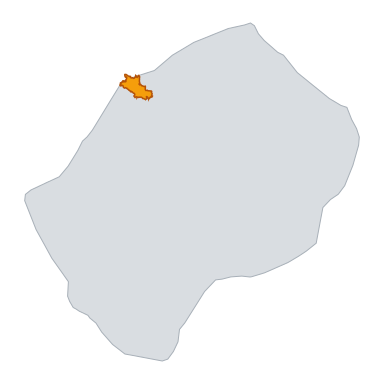 location of Manka, Leribe, Lesotho
{"feature_id": "5366337B27297723813", "entity_name": "Manka", "entity_type": "district", "adm_level": 2, "iso_a3": "LSO", "parent_name": "Lesotho", "parent_adm1": "Leribe", "projection": "orthographic", "projection_center": [27.816, -28.974], "detail": "fine", "context": "in_parent", "style": "filled", "palette": "amber", "viewbox_px": 384, "rotation_deg": 0, "n_neighbors": 0, "source": "geoboundaries", "source_scale": "gbopen_adm2", "svg_char_len": 5389}
<svg xmlns="http://www.w3.org/2000/svg" viewBox="0 0 384 384"><path d="M264.6,272.8L251.8,276.7L250.0,277.0L241.8,276.1L230.8,276.9L222.2,279.1L215.6,279.9L204.6,291.5L184.8,322.9L179.5,329.4L178.0,341.8L173.4,351.5L167.8,359.1L162.3,361.0L145.9,357.9L124.9,354.0L112.6,344.5L101.7,332.1L96.0,323.1L89.9,318.1L87.9,315.3L79.3,311.2L76.0,309.0L73.2,307.5L69.7,301.5L67.6,296.2L68.4,281.7L62.3,273.0L51.8,258.2L45.2,246.1L36.1,229.6L30.5,215.4L24.7,200.7L25.4,194.4L30.9,190.0L46.8,182.5L59.2,176.8L68.1,166.2L77.8,150.5L82.5,141.1L87.2,136.8L92.4,130.1L101.4,115.4L111.4,99.0L122.2,81.5L135.8,76.4L154.4,70.5L172.4,55.2L193.8,42.4L228.3,28.5L244.4,25.0L250.5,23.0L254.4,25.7L258.4,33.8L264.2,40.5L277.7,52.3L283.5,55.2L297.3,72.6L312.2,84.7L329.3,98.5L340.9,105.4L346.9,107.4L351.7,119.6L356.6,128.7L359.3,137.1L358.6,145.3L352.9,165.3L344.7,185.7L338.3,194.2L330.5,199.5L322.9,207.5L319.8,223.9L316.2,243.2L306.3,251.1L298.6,256.2L288.0,262.5L264.6,272.8Z" fill="#d9dde1" stroke="#a8b0b8" stroke-width="1"/><path d="M148.5,99.0L148.6,98.7L148.9,98.4L149.4,98.6L149.5,98.5L149.6,98.4L149.6,98.1L149.6,97.9L149.8,97.7L150.1,97.5L150.8,97.3L150.7,97.1L150.6,96.9L150.8,96.8L151.3,96.9L151.5,97.0L151.8,97.0L151.8,96.8L151.9,96.7L152.1,96.7L152.4,96.2L152.1,96.1L151.8,95.8L151.9,95.6L151.7,95.5L151.6,95.4L151.6,95.2L151.7,94.9L151.8,94.8L152.0,94.3L152.0,94.2L152.1,93.9L152.1,93.4L152.0,93.2L151.6,92.8L151.5,92.6L151.4,92.5L151.4,92.4L151.4,92.0L151.7,91.4L151.5,91.1L151.2,91.0L150.8,91.1L150.7,91.0L150.4,90.9L148.1,90.8L147.8,90.7L147.7,90.6L147.4,90.3L147.3,90.2L147.2,90.2L146.7,90.4L146.1,90.5L145.9,90.5L145.7,90.3L145.4,89.7L145.2,89.1L145.3,89.0L145.3,88.7L145.3,88.1L145.4,87.9L145.4,87.7L145.3,87.2L145.4,86.8L145.3,86.7L145.3,86.2L145.2,86.1L144.9,86.2L144.8,86.3L144.6,86.5L144.4,86.5L144.2,86.6L143.6,86.3L143.3,86.2L143.1,86.1L142.8,86.0L142.7,85.9L142.3,85.9L142.2,85.9L142.0,85.7L141.8,85.7L141.7,85.7L141.4,85.5L141.2,85.4L141.0,84.7L140.8,84.5L140.7,84.5L140.5,84.2L140.2,84.2L139.9,84.0L139.7,84.1L139.5,84.4L139.4,84.1L139.1,84.1L139.1,83.9L139.4,83.5L139.5,83.5L139.7,83.1L139.7,82.7L139.7,82.2L139.4,81.9L139.4,81.6L139.4,81.3L139.4,81.1L139.4,80.7L139.4,80.1L139.5,79.6L139.5,78.9L139.4,78.7L139.5,77.8L139.7,77.0L139.7,76.8L139.6,76.7L139.4,76.7L139.2,76.4L139.1,75.8L139.0,75.6L138.9,75.4L138.5,75.4L138.3,75.5L138.2,75.6L138.3,75.9L138.3,76.1L138.4,76.4L138.3,76.5L138.1,76.6L137.6,76.9L137.3,77.3L137.2,77.4L136.9,77.2L136.6,76.8L136.5,76.5L136.2,75.9L136.0,75.7L135.8,75.5L135.7,75.4L135.6,75.7L135.6,75.9L135.6,76.3L135.9,76.8L136.0,76.8L135.9,77.0L135.5,76.9L135.3,76.9L135.2,77.0L134.9,77.4L134.9,77.5L134.5,77.8L134.2,78.2L134.0,78.3L133.8,78.4L133.4,78.2L133.0,78.0L132.7,77.7L132.3,77.7L132.1,77.9L131.9,77.9L131.2,77.9L130.6,77.6L130.4,77.4L130.3,77.2L130.5,76.8L130.6,76.7L130.5,76.4L130.4,76.4L130.2,76.4L129.7,76.5L129.4,76.4L129.3,76.2L129.0,76.2L128.7,76.2L128.1,76.0L127.8,75.8L127.7,75.5L127.5,75.4L127.2,75.2L126.4,74.8L126.3,74.6L126.1,74.5L125.9,74.4L125.4,74.5L125.1,74.4L124.9,74.4L124.8,74.5L124.9,75.0L124.8,75.4L124.9,76.0L125.0,76.3L125.1,76.5L125.3,76.9L125.4,77.1L125.7,76.9L126.0,76.9L126.0,77.0L126.4,77.3L126.7,77.7L126.7,77.9L126.6,78.3L126.5,78.9L126.3,79.2L126.2,79.3L126.1,79.6L125.9,79.9L125.7,80.1L125.4,80.3L125.3,80.5L126.0,81.0L125.8,81.4L125.8,81.6L125.7,81.7L125.4,81.8L124.6,81.7L124.4,81.8L124.0,81.7L123.9,81.6L123.9,81.4L123.9,81.2L123.5,80.9L123.3,80.8L123.2,80.9L123.3,81.1L123.4,81.3L123.6,81.5L123.8,81.7L123.7,81.8L123.3,81.9L123.1,81.7L122.8,81.2L122.7,81.1L122.3,81.7L122.1,82.2L122.0,82.3L121.5,82.4L121.3,82.6L121.2,82.9L121.2,83.1L120.9,83.2L120.5,82.9L120.4,83.0L120.4,83.4L120.5,83.5L120.8,83.6L120.8,84.2L120.7,84.3L120.2,84.3L120.1,84.5L120.0,85.3L120.1,85.5L120.4,85.7L120.6,85.8L120.6,85.5L121.1,85.5L121.2,85.3L121.6,85.4L121.9,85.4L122.1,85.5L122.3,85.5L122.6,85.4L123.0,85.7L123.0,85.9L123.0,86.0L123.1,86.3L123.3,86.5L123.2,86.7L123.2,86.8L123.4,87.2L123.5,87.4L123.8,87.6L124.0,87.8L124.3,88.0L124.8,88.1L125.4,87.7L125.5,87.7L125.8,87.8L126.1,88.0L126.3,88.1L126.5,88.2L126.6,88.3L126.8,88.3L126.8,88.5L127.2,88.7L127.5,89.0L127.9,89.2L128.1,89.3L128.6,89.9L128.7,90.0L128.8,90.0L129.1,90.2L129.1,90.3L129.3,90.4L129.5,90.6L129.9,90.9L130.0,90.8L130.3,91.0L130.6,91.3L130.6,91.6L130.8,91.7L130.9,91.9L131.1,92.0L131.4,91.8L131.4,91.6L131.5,91.5L131.8,91.8L132.1,91.8L132.2,92.0L132.4,92.1L132.5,92.2L132.7,92.4L132.8,92.5L133.1,92.8L133.2,93.0L133.4,93.2L133.8,93.3L134.1,93.3L134.2,93.5L134.5,93.6L134.5,93.8L134.6,94.2L134.8,94.6L134.7,95.2L134.0,95.8L133.9,96.0L134.1,96.3L134.2,96.5L134.4,96.6L134.5,96.8L134.6,97.1L135.0,97.2L135.1,97.4L135.3,97.2L135.5,97.2L135.8,96.9L136.0,96.8L136.3,96.8L136.5,96.8L136.6,97.0L137.0,97.3L137.0,97.6L137.2,97.3L137.3,97.1L137.6,97.1L137.8,97.1L137.9,97.3L138.1,97.4L138.3,97.3L138.5,97.4L139.0,97.3L139.1,97.2L139.3,97.1L139.5,97.2L139.9,97.2L140.0,97.3L140.3,97.3L140.8,97.1L141.3,97.2L141.7,97.4L142.0,97.7L142.2,97.8L142.4,98.0L142.8,98.2L142.8,98.5L143.5,98.6L143.8,98.7L144.0,98.7L144.1,98.8L144.9,99.2L145.1,99.3L145.5,99.6L145.6,99.4L145.9,99.3L146.0,99.3L146.5,98.9L146.5,98.6L146.7,98.3L146.7,98.0L146.6,97.5L146.6,97.3L146.4,96.9L146.4,96.7L146.5,96.6L146.8,96.7L147.0,96.7L147.3,96.9L147.4,97.0L147.6,97.4L147.6,97.6L147.7,97.8L148.0,97.9L148.2,98.2L148.2,98.4L148.4,98.5L148.5,99.0Z" fill="#f59e0b" stroke="#b45309" stroke-width="1.5"/></svg>